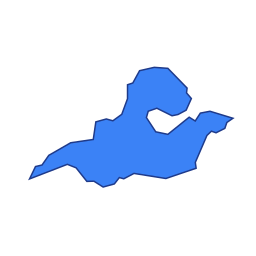 SVG path tracing the border of Borsod-Abaúj-Zemplén, rotated 171°
{"feature_id": "HUN-3168", "entity_name": "Borsod-Abaúj-Zemplén", "entity_type": "County", "adm_level": 1, "iso_a3": "HUN", "parent_name": "Hungary", "parent_adm1": "", "projection": "robinson", "projection_center": [21.025, 48.121], "detail": "coarse", "context": "isolated", "style": "filled", "palette": "blue", "viewbox_px": 256, "rotation_deg": 171, "n_neighbors": 0, "source": "natural_earth", "source_scale": "10m", "svg_char_len": 734}
<svg xmlns="http://www.w3.org/2000/svg" viewBox="0 0 256 256"><g transform="rotate(171 128 128)"><path d="M98.5,72.2L129.2,82.2L140.1,78.5L144.3,80.4L150.2,74.9L161.8,73.6L170.0,80.8L177.0,81.7L185.5,96.8L193.6,101.6L233.2,93.1L225.4,104.4L218.7,104.9L210.5,113.4L186.9,122.4L164.1,122.1L158.8,139.1L148.0,140.3L141.8,137.5L132.0,142.5L123.9,157.0L121.7,170.8L116.2,171.7L107.6,182.8L92.6,183.8L79.3,180.7L63.4,158.2L64.7,153.5L60.8,147.2L67.8,136.5L76.5,133.5L82.6,133.2L96.4,143.0L105.4,141.4L108.2,135.4L101.2,119.9L89.6,115.5L65.9,129.1L60.5,124.4L54.2,131.4L44.4,131.7L22.8,121.2L29.5,118.0L32.4,112.5L41.8,109.5L46.1,111.8L51.2,108.3L66.9,83.5L67.0,77.6L98.5,72.2Z" fill="#3b82f6" stroke="#1e3a8a" stroke-width="1.5"/></g></svg>